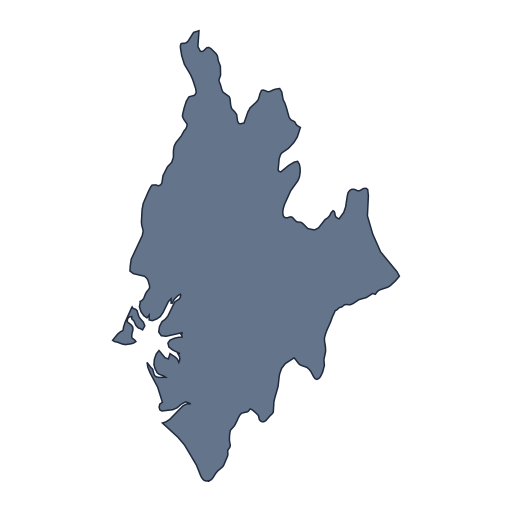 Littoral, Equal Earth projection
{"feature_id": "CMR-1476", "entity_name": "Littoral", "entity_type": "Province", "adm_level": 1, "iso_a3": "CMR", "parent_name": "Cameroon", "parent_adm1": "", "projection": "equal_earth", "projection_center": [10.043, 4.313], "detail": "fine", "context": "isolated", "style": "filled", "palette": "slate", "viewbox_px": 512, "rotation_deg": 0, "n_neighbors": 0, "source": "natural_earth", "source_scale": "10m", "svg_char_len": 5838}
<svg xmlns="http://www.w3.org/2000/svg" viewBox="0 0 512 512"><path d="M208.4,481.3L208.4,480.7L205.9,481.0L204.2,480.4L202.9,479.3L201.8,477.8L200.7,475.8L196.5,465.2L184.6,445.1L177.9,437.2L162.4,423.0L165.9,421.9L169.8,419.3L183.0,405.8L186.5,404.0L190.8,403.8L185.7,401.8L181.2,404.2L177.1,407.8L172.8,409.7L161.8,411.0L159.8,409.8L159.1,407.1L159.8,404.1L162.4,402.3L157.7,387.2L150.1,372.9L147.9,367.5L147.0,362.4L151.0,367.6L151.9,368.3L152.7,369.3L154.0,374.0L154.7,375.7L156.8,377.0L159.5,377.4L165.7,377.3L164.1,376.1L159.0,374.2L157.4,373.0L156.8,372.1L156.3,371.0L155.2,369.0L153.9,364.6L154.4,359.1L156.3,353.9L159.0,350.5L165.1,357.8L168.4,358.9L170.0,353.6L175.4,357.2L177.5,359.3L178.8,362.4L179.7,360.1L179.8,357.8L179.0,355.7L177.8,353.6L178.3,353.5L180.0,353.6L172.5,349.9L168.9,347.1L167.9,343.1L169.9,340.2L174.1,338.3L178.6,337.3L182.0,337.2L182.0,336.3L181.8,335.6L181.0,334.3L181.4,334.0L181.8,334.0L182.0,333.8L182.0,332.7L166.0,336.3L161.2,335.7L158.7,332.0L159.5,326.5L162.0,321.6L165.1,319.4L167.8,316.2L174.7,302.0L179.4,298.8L180.1,297.6L180.8,295.5L180.4,294.2L177.8,295.7L174.8,298.7L173.4,300.7L172.2,303.2L171.1,303.2L171.1,298.8L168.3,301.7L163.1,312.4L160.2,316.6L156.7,319.0L152.3,320.7L149.1,319.9L149.2,315.0L147.0,317.9L143.9,315.8L141.0,311.8L139.4,306.8L140.3,301.7L140.1,301.4L141.2,301.0L142.3,300.1L143.7,298.5L145.4,294.1L146.5,292.0L148.6,289.5L149.6,287.8L149.5,285.5L148.1,280.6L146.8,278.3L144.6,276.3L133.3,273.6L129.9,271.0L130.3,265.4L131.2,259.2L142.3,235.5L143.2,230.9L141.7,225.0L141.4,221.9L142.1,209.5L143.2,203.5L148.4,191.4L150.9,186.6L152.1,185.1L155.9,184.9L157.9,185.7L159.3,185.5L160.7,184.8L161.9,182.9L163.0,175.6L167.4,166.9L171.7,162.3L173.4,157.3L173.4,151.6L173.6,149.2L174.3,145.9L176.0,142.5L181.2,136.1L184.1,130.8L185.8,128.8L186.8,126.6L187.1,124.2L183.6,119.1L182.4,116.2L182.9,113.2L184.2,107.8L186.3,101.2L189.0,96.8L194.6,95.3L196.2,92.7L195.7,88.8L192.7,79.6L190.4,74.4L184.4,64.4L181.7,55.7L180.4,47.7L180.4,45.5L181.1,43.6L182.4,43.3L184.1,43.3L186.0,42.9L187.9,41.4L193.6,32.4L199.0,30.7L197.9,46.6L200.4,51.3L202.1,51.5L203.8,50.7L205.3,49.1L206.9,47.7L208.6,47.4L210.8,48.5L216.0,53.6L217.2,55.5L217.7,57.1L218.2,60.5L220.4,66.2L220.6,75.1L218.9,80.1L219.1,81.0L219.4,82.0L220.5,84.8L221.6,88.9L222.3,90.8L223.0,92.1L229.0,96.5L229.7,97.7L230.1,99.5L230.7,105.1L231.3,107.5L231.5,108.0L232.2,109.3L233.6,110.7L234.3,111.3L236.6,114.4L237.6,121.3L238.9,123.5L239.7,123.7L240.3,123.8L240.7,123.8L241.8,123.5L242.4,123.3L244.0,123.1L248.0,111.6L249.2,109.6L250.0,107.9L255.9,102.5L258.1,99.9L259.1,97.0L259.9,94.0L261.4,90.5L263.0,90.0L264.8,90.5L266.6,91.3L268.3,91.8L270.0,91.4L273.5,89.8L275.3,89.2L279.7,88.5L281.8,92.1L283.1,99.6L284.9,103.2L286.3,107.2L289.1,117.4L290.9,119.8L294.6,121.7L296.0,124.2L297.4,125.7L300.4,127.5L297.3,137.0L294.0,142.3L288.5,148.3L282.0,152.8L280.6,154.5L279.2,158.6L278.1,170.1L279.2,171.4L280.8,171.9L288.6,165.5L294.0,162.2L297.6,161.3L299.4,164.4L300.0,167.4L300.2,170.3L300.1,172.9L299.5,176.5L298.8,178.7L297.7,181.0L290.7,190.7L284.5,204.4L283.3,208.4L282.8,211.7L282.9,213.8L283.1,215.1L283.4,216.0L284.1,216.9L285.5,217.8L287.2,217.8L289.1,217.2L290.9,216.8L292.5,217.4L295.6,220.9L297.2,221.9L298.5,222.1L300.2,222.2L301.3,222.5L303.0,223.7L304.6,225.3L306.0,226.8L307.9,228.6L314.3,229.9L316.3,229.1L318.7,227.7L325.1,219.5L327.7,217.9L329.8,215.5L330.3,214.3L331.3,212.5L333.0,210.7L334.2,211.4L334.8,213.0L335.2,215.6L336.3,217.4L339.0,218.9L343.7,212.5L345.6,207.0L347.3,195.9L348.1,192.6L349.6,190.6L351.4,189.4L353.4,189.2L355.4,189.7L357.1,190.6L358.9,190.9L360.2,190.4L363.2,188.6L364.9,188.3L366.3,188.4L367.7,189.6L368.4,195.7L367.4,215.8L372.7,234.0L380.6,251.9L397.2,272.0L397.8,273.3L399.4,276.2L395.5,280.8L390.6,285.4L389.2,286.4L388.0,287.1L379.4,290.0L377.4,291.5L375.3,294.3L372.6,293.5L366.3,297.6L359.0,299.6L353.2,303.5L350.1,304.8L346.4,304.5L344.6,304.8L343.4,305.5L342.5,306.4L341.5,307.1L339.7,307.5L338.8,308.0L336.6,310.1L335.3,310.5L334.0,313.4L332.2,317.3L330.7,321.7L327.0,329.9L325.4,334.3L324.4,338.2L324.5,340.9L325.4,346.5L325.6,349.5L325.6,351.4L323.9,359.7L324.4,365.4L322.7,371.9L321.5,374.6L320.2,377.0L318.5,378.7L316.8,379.4L315.0,378.6L313.6,376.7L310.9,371.6L309.1,369.3L306.9,367.4L301.5,365.5L299.9,364.7L298.8,363.8L297.4,362.0L296.2,360.4L294.1,357.9L285.3,363.6L281.6,368.4L279.7,373.7L279.2,376.3L278.1,386.4L274.7,398.3L273.9,401.9L273.3,412.1L272.7,413.1L272.2,413.7L271.6,414.4L270.2,415.6L266.1,420.3L265.3,421.0L264.2,421.5L263.8,421.7L263.1,421.8L262.7,421.8L261.9,421.7L261.1,421.3L260.5,420.9L259.4,419.7L258.3,415.4L255.6,412.7L252.6,410.1L250.3,408.9L249.9,409.2L249.6,409.5L248.6,411.0L248.1,411.4L247.8,411.6L247.1,411.9L243.4,412.7L242.4,413.0L241.4,413.5L240.8,414.0L240.3,414.5L239.4,415.9L238.5,417.5L237.9,418.7L237.3,420.2L235.0,424.8L233.9,426.4L231.0,429.6L230.5,430.3L230.2,431.0L229.6,434.7L229.4,439.1L229.6,441.7L230.2,444.8L230.3,445.4L230.2,446.2L229.9,447.0L229.5,447.8L228.0,449.9L227.8,450.5L227.7,451.4L227.9,453.6L227.9,454.7L227.7,455.4L227.6,456.0L223.7,465.2L223.1,466.2L222.1,467.3L218.0,470.7L216.2,472.7L214.7,474.9L213.2,477.4L212.2,478.7L211.2,479.7L208.5,481.3L208.4,481.3ZM132.1,306.9L132.8,308.1L134.1,308.8L135.5,309.2L137.1,310.6L137.3,311.5L138.9,316.7L140.8,319.3L143.4,322.2L144.8,325.8L142.6,329.9L140.3,328.6L139.2,328.3L138.0,327.7L135.9,325.4L133.9,320.9L133.0,320.0L132.2,319.5L131.8,318.6L131.7,316.6L129.7,316.9L128.3,317.7L127.5,319.3L127.2,321.7L131.5,325.2L132.7,326.9L133.0,329.4L132.6,331.3L132.0,333.4L131.7,336.5L132.1,338.1L134.7,340.0L135.9,341.6L133.9,342.9L131.3,343.8L125.5,344.6L122.5,344.1L117.1,342.1L114.6,341.6L112.6,340.3L117.9,333.8L120.8,331.5L122.4,330.9L122.9,330.3L123.2,329.4L123.5,327.2L125.2,321.9L131.6,307.8L132.1,306.9Z" fill="#64748b" stroke="#1e293b" stroke-width="1.5"/></svg>